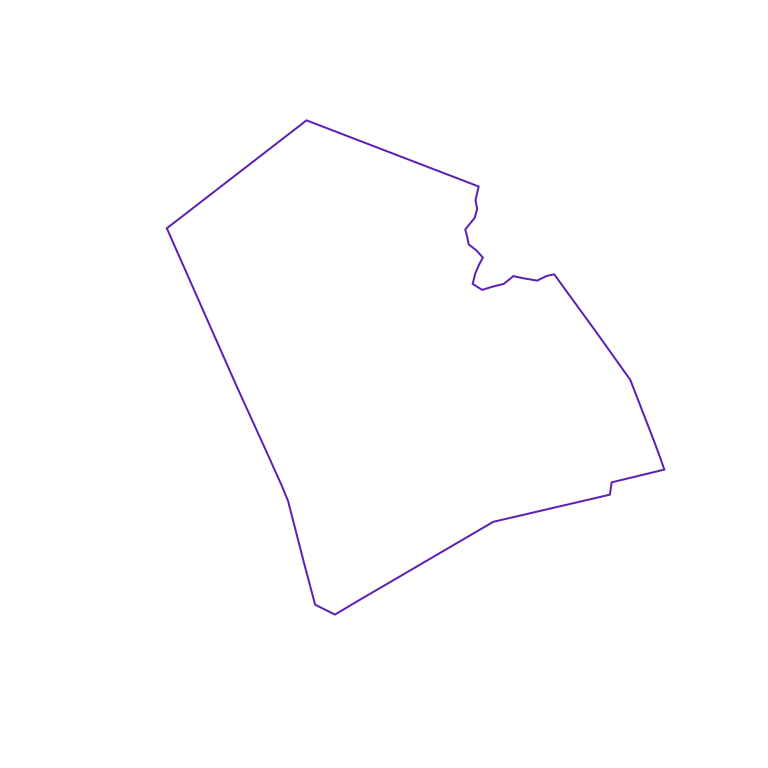 Vera Mendes, Piauí, Brazil (Natural Earth projection), rotated 42°
{"feature_id": "56859067B19964079980967", "entity_name": "Vera Mendes", "entity_type": "district", "adm_level": 2, "iso_a3": "BRA", "parent_name": "Brazil", "parent_adm1": "Piauí", "projection": "natural_earth1", "projection_center": [-41.499, -7.609], "detail": "fine", "context": "isolated", "style": "outline", "palette": "violet", "viewbox_px": 768, "rotation_deg": 42, "n_neighbors": 0, "source": "geoboundaries", "source_scale": "gbopen_adm2", "svg_char_len": 681}
<svg xmlns="http://www.w3.org/2000/svg" viewBox="0 0 768 768"><g transform="rotate(42 384 384)"><path d="M480.5,594.1L501.8,588.2L509.9,562.2L539.8,468.5L557.4,413.3L625.9,315.1L619.0,304.7L649.6,260.0L637.1,253.2L622.4,245.5L564.4,216.2L526.2,207.7L505.9,203.2L437.1,188.6L432.5,195.0L428.6,204.7L416.3,212.5L408.0,217.2L406.0,229.5L399.9,238.5L393.9,248.4L383.0,250.3L378.0,241.1L374.8,231.8L372.9,223.9L363.2,222.9L353.6,223.6L347.5,219.1L341.0,214.8L340.2,199.8L336.2,191.7L328.9,186.0L322.2,173.9L155.9,237.7L150.0,239.9L118.4,413.6L277.2,484.8L335.9,510.3L375.7,527.8L391.1,535.2L396.2,538.6L446.6,572.0L480.5,594.1Z" fill="none" stroke="#5b21b6" stroke-width="2"/></g></svg>